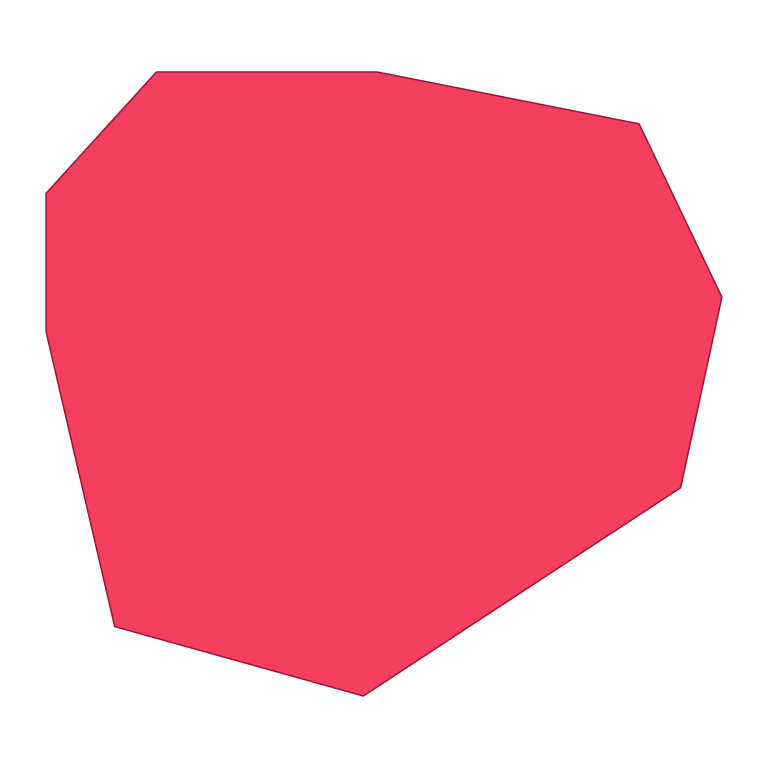 outline of Leicester
{"feature_id": "GBR-2761", "entity_name": "Leicester", "entity_type": "Unitary Authority", "adm_level": 1, "iso_a3": "GBR", "parent_name": "United Kingdom", "parent_adm1": "", "projection": "equal_earth", "projection_center": [-1.124, 52.611], "detail": "fine", "context": "isolated", "style": "filled", "palette": "rose", "viewbox_px": 768, "rotation_deg": 0, "n_neighbors": 0, "source": "natural_earth", "source_scale": "10m", "svg_char_len": 247}
<svg xmlns="http://www.w3.org/2000/svg" viewBox="0 0 768 768"><path d="M377.1,72.0L639.1,123.9L721.9,297.2L680.6,487.7L363.3,696.0L114.7,626.6L46.1,331.8L46.1,193.3L156.4,72.0L377.1,72.0Z" fill="#f43f5e" stroke="#9f1239" stroke-width="1.5"/></svg>